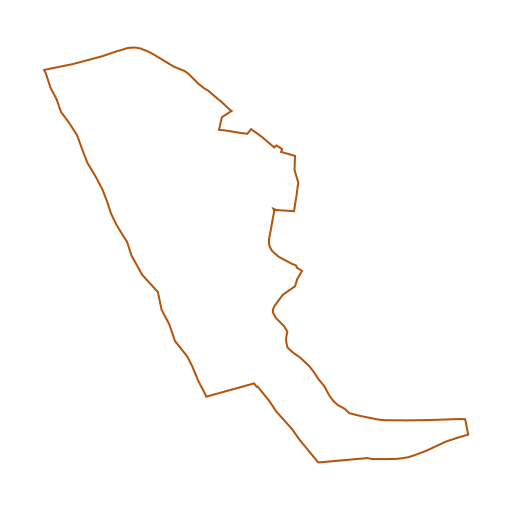 Guediawaye, Dakar, Senegal (Equal Earth projection), rotated 272°
{"feature_id": "50182788B55211093773925", "entity_name": "Guediawaye", "entity_type": "district", "adm_level": 2, "iso_a3": "SEN", "parent_name": "Senegal", "parent_adm1": "Dakar", "projection": "equal_earth", "projection_center": [-17.396, 14.772], "detail": "fine", "context": "isolated", "style": "outline", "palette": "amber", "viewbox_px": 512, "rotation_deg": 272, "n_neighbors": 0, "source": "geoboundaries", "source_scale": "gbopen_adm2", "svg_char_len": 1983}
<svg xmlns="http://www.w3.org/2000/svg" viewBox="0 0 512 512"><g transform="rotate(272 256 256)"><path d="M84.9,474.3L96.6,471.6L100.2,470.7L100.2,465.3L98.2,436.6L97.0,413.3L96.4,391.0L96.7,384.7L99.8,365.5L102.2,354.7L106.4,350.0L109.7,343.3L113.1,339.0L118.8,334.3L128.4,328.7L135.7,322.2L140.6,318.9L147.6,313.3L156.0,303.7L160.5,296.7L165.4,290.8L169.6,289.6L174.1,288.9L178.5,289.4L181.5,290.0L186.8,286.5L194.8,278.0L200.2,274.9L203.1,274.8L206.7,276.2L218.0,284.0L227.2,296.1L234.4,298.0L242.7,302.5L242.8,302.4L243.7,300.8L245.3,298.1L245.8,297.1L247.1,296.7L247.7,296.7L247.8,296.5L247.9,296.3L248.2,295.8L249.5,291.9L255.9,278.9L261.4,272.1L265.7,269.4L269.2,268.4L272.9,268.4L282.8,269.9L293.6,271.4L301.6,272.7L303.8,271.7L302.7,274.4L302.1,292.4L318.8,294.5L331.0,295.6L343.4,291.5L357.4,291.5L360.9,277.5L363.8,278.3L367.2,272.6L365.1,270.5L375.7,257.1L382.6,246.7L377.8,243.0L378.6,235.0L380.4,220.8L380.8,214.6L381.0,214.6L385.0,215.5L393.5,217.0L400.1,226.5L400.2,226.3L401.8,224.1L409.8,215.0L411.3,212.8L419.8,202.1L421.4,198.9L426.1,192.5L435.9,181.9L438.3,178.4L442.2,167.6L454.4,145.6L455.4,143.6L457.2,139.7L458.2,136.3L459.4,133.3L460.1,128.2L459.9,125.1L459.6,122.0L459.2,119.8L457.8,116.1L455.4,108.7L450.4,95.7L441.3,65.8L434.6,37.7L432.9,38.6L431.1,39.6L417.1,44.7L405.5,51.3L393.3,56.0L382.8,64.4L370.4,73.0L354.8,79.3L343.1,84.3L330.7,92.4L328.8,93.5L328.5,93.7L317.1,100.2L305.2,105.3L293.5,109.6L282.2,115.5L270.0,123.6L268.9,124.4L265.5,126.7L252.4,131.4L233.1,143.0L218.6,157.2L217.1,158.8L216.8,159.1L198.8,163.6L184.7,171.7L168.2,178.0L153.3,190.7L144.4,195.7L129.2,202.7L115.3,210.5L113.7,211.1L128.6,258.5L125.3,261.2L125.6,262.1L111.7,274.3L101.5,281.5L84.4,297.9L73.2,306.5L52.1,325.2L52.1,325.3L51.9,326.1L57.9,374.1L58.0,374.4L57.9,374.5L57.1,379.5L57.5,391.1L58.1,402.7L58.8,408.1L60.3,415.6L62.4,421.2L65.0,427.6L67.3,433.0L71.6,441.4L77.2,452.3L81.6,464.2L84.9,474.3L84.9,474.3Z" fill="none" stroke="#b45309" stroke-width="2"/></g></svg>